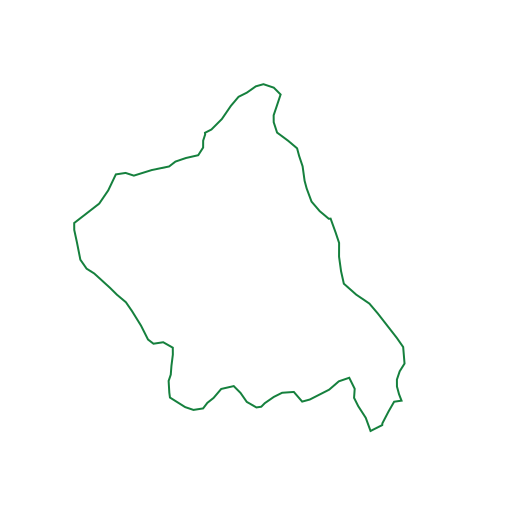 outline of Sepho, Kangwŏn-do, North Korea, rotated 18°
{"feature_id": "82179303B30150640587931", "entity_name": "Sepho", "entity_type": "district", "adm_level": 2, "iso_a3": "PRK", "parent_name": "North Korea", "parent_adm1": "Kangwŏn-do", "projection": "robinson", "projection_center": [127.346, 38.698], "detail": "fine", "context": "isolated", "style": "outline", "palette": "green", "viewbox_px": 512, "rotation_deg": 18, "n_neighbors": 0, "source": "geoboundaries", "source_scale": "gbopen_adm2", "svg_char_len": 1448}
<svg xmlns="http://www.w3.org/2000/svg" viewBox="0 0 512 512"><g transform="rotate(18 256 256)"><path d="M439.1,348.6L434.7,343.2L430.4,336.6L428.2,330.0L428.3,321.2L430.5,312.4L424.1,297.1L415.4,290.5L402.4,281.7L389.4,272.9L378.5,266.2L363.3,261.8L348.1,255.2L341.6,244.2L335.2,231.0L331.0,217.9L324.5,209.1L315.4,197.4L313.7,198.1L302.8,193.7L292.0,187.1L283.3,176.1L279.0,169.5L272.6,156.3L266.1,147.5L261.8,140.9L251.0,136.5L237.9,132.1L231.5,123.3L229.3,116.7L229.4,107.9L229.5,94.8L220.9,90.4L210.0,90.3L203.4,94.7L196.8,103.5L190.2,110.0L185.7,121.0L181.2,136.3L174.5,149.5L169.4,154.6L170.1,156.1L170.1,162.6L172.2,169.2L169.9,178.0L159.0,184.5L150.2,191.1L145.7,197.7L130.4,206.4L115.0,217.3L106.3,217.3L97.5,221.7L95.2,239.2L90.7,254.6L81.8,267.7L72.9,280.8L75.1,287.4L81.5,298.4L90.1,313.8L98.8,320.4L107.5,322.6L127.0,331.4L135.7,335.8L146.6,340.2L155.2,346.8L168.2,357.8L179.1,368.8L185.6,371.1L194.4,366.7L205.2,368.9L207.4,375.5L209.5,386.5L211.6,395.2L211.5,401.8L215.8,412.8L217.9,417.2L226.6,419.4L235.3,421.6L244.1,421.7L252.8,417.3L255.1,410.7L259.5,404.1L264.0,393.2L275.0,386.6L283.6,391.0L292.3,397.6L303.2,399.9L307.6,397.7L309.8,393.3L316.5,384.5L323.1,378.0L334.0,373.6L344.9,380.2L351.5,375.9L358.1,369.3L366.9,360.5L373.5,349.6L382.3,343.0L390.9,351.8L393.1,360.6L399.6,367.2L410.4,376.0L419.0,387.0L428.3,377.8L427.9,376.1L430.1,362.9L432.4,351.9L439.1,348.6Z" fill="none" stroke="#15803d" stroke-width="2"/></g></svg>